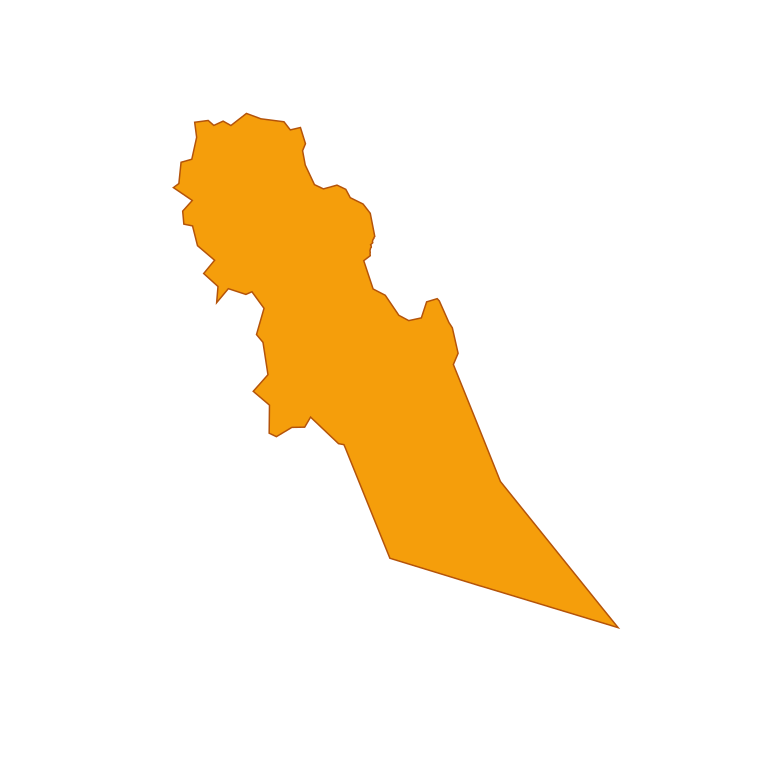 Weber, Utah, United States of America, rotated 248°
{"feature_id": "52423323B66213372759254", "entity_name": "Weber", "entity_type": "district", "adm_level": 2, "iso_a3": "USA", "parent_name": "United States of America", "parent_adm1": "Utah", "projection": "robinson", "projection_center": [-111.761, 41.253], "detail": "fine", "context": "isolated", "style": "filled", "palette": "amber", "viewbox_px": 768, "rotation_deg": 248, "n_neighbors": 0, "source": "geoboundaries", "source_scale": "gbopen_adm2", "svg_char_len": 1225}
<svg xmlns="http://www.w3.org/2000/svg" viewBox="0 0 768 768"><g transform="rotate(248 384 384)"><path d="M645.0,262.3L626.0,275.0L619.7,262.1L607.2,258.3L602.3,265.7L582.1,262.9L562.2,273.3L554.0,258.2L536.6,266.6L522.1,259.3L530.7,275.4L518.8,289.5L519.0,296.1L499.1,301.1L477.6,284.3L467.9,287.4L436.1,279.9L426.2,260.0L407.3,269.9L381.4,259.1L375.5,264.5L378.3,282.3L373.7,294.3L380.8,303.5L345.7,319.5L342.8,324.1L339.2,324.2L220.2,324.2L160.6,397.7L160.6,397.8L70.4,509.8L94.9,502.3L250.0,455.4L313.6,455.6L344.5,455.6L346.8,455.6L376.1,455.6L384.7,464.2L410.5,468.4L416.7,467.2L440.3,466.4L443.2,465.3L444.2,454.3L431.3,443.4L433.5,430.7L442.1,423.5L465.8,418.4L476.2,409.5L505.9,411.4L508.1,419.3L509.9,419.8L511.3,420.6L512.8,420.9L515.2,422.6L515.5,423.4L516.9,423.9L518.1,423.7L519.2,426.5L520.1,426.5L522.0,427.8L522.9,429.3L523.7,429.6L524.2,430.7L547.4,435.2L558.7,432.0L569.4,422.5L578.8,421.5L586.0,414.9L587.6,400.9L594.9,394.2L616.5,393.0L630.8,395.9L636.2,401.2L653.1,402.6L654.7,392.3L664.6,389.5L676.0,369.2L686.4,357.8L681.0,338.9L688.0,333.3L687.5,323.1L694.2,319.7L697.6,306.5L682.9,302.7L664.4,290.0L665.6,278.9L646.7,268.9L645.0,262.3Z" fill="#f59e0b" stroke="#b45309" stroke-width="1.5"/></g></svg>